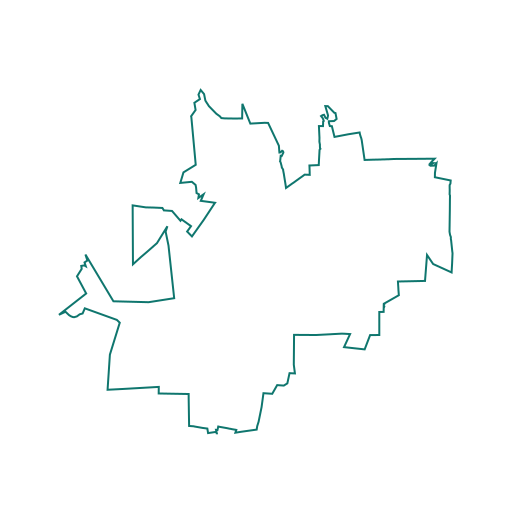 General Cepeda, Coahuila, Mexico (Albers equal-area conic projection), rotated 262°
{"feature_id": "50627088B43418129703441", "entity_name": "General Cepeda", "entity_type": "district", "adm_level": 2, "iso_a3": "MEX", "parent_name": "Mexico", "parent_adm1": "Coahuila", "projection": "albers", "projection_center": [-101.488, 25.544], "detail": "fine", "context": "isolated", "style": "outline", "palette": "teal", "viewbox_px": 512, "rotation_deg": 262, "n_neighbors": 0, "source": "geoboundaries", "source_scale": "gbopen_adm2", "svg_char_len": 4052}
<svg xmlns="http://www.w3.org/2000/svg" viewBox="0 0 512 512"><g transform="rotate(262 256 256)"><path d="M362.0,294.0L386.1,286.5L386.7,283.1L387.9,268.8L404.1,264.8L408.6,263.7L394.1,261.4L395.4,252.0L395.5,251.4L396.6,244.3L397.4,240.9L399.4,239.6L402.4,236.5L411.0,230.2L413.9,228.9L414.0,228.8L416.9,227.5L423.6,227.1L428.1,224.3L423.8,221.5L419.2,222.3L416.3,216.3L409.0,216.5L403.4,211.2L402.6,211.3L363.0,209.4L354.7,209.0L348.9,195.8L344.3,193.7L338.9,191.2L338.4,202.8L335.3,205.6L334.7,206.1L333.8,206.1L332.2,206.2L326.6,205.9L325.0,208.1L321.5,207.0L324.4,212.7L318.3,209.0L315.5,219.0L314.4,222.8L314.2,222.6L299.1,209.3L284.3,195.3L289.8,191.2L294.6,195.8L302.7,187.3L301.4,186.1L312.3,179.1L314.0,171.1L314.4,171.0L315.9,170.3L316.6,170.0L318.2,161.4L319.5,153.6L323.3,140.9L264.9,133.0L270.9,141.8L274.9,148.1L282.5,159.7L297.8,172.4L292.7,169.9L278.5,170.8L225.6,169.1L225.2,143.2L231.0,108.5L281.2,87.3L275.0,88.4L273.5,85.3L269.5,86.0L270.6,84.6L270.5,81.6L267.5,81.6L260.8,75.9L242.5,82.6L225.2,52.7L227.3,59.6L225.4,61.1L223.4,62.7L222.0,64.4L221.1,66.0L220.7,67.3L221.1,70.2L222.8,73.3L223.2,76.3L228.0,79.2L212.1,109.3L208.9,111.8L178.7,97.6L144.2,90.4L142.8,106.3L139.9,141.5L133.4,140.5L131.6,151.8L129.2,167.0L128.7,170.1L125.7,169.7L125.1,169.6L97.0,166.1L96.0,170.8L95.8,171.1L93.2,179.1L91.9,183.8L87.3,183.9L87.4,192.2L85.4,192.4L85.1,192.4L85.5,192.6L87.9,192.3L89.4,192.2L89.0,193.6L92.4,194.9L91.8,196.4L91.0,198.9L89.6,203.2L89.1,204.6L88.7,205.6L88.5,206.4L87.8,208.3L86.7,211.8L86.5,212.3L83.9,211.0L84.0,217.0L84.0,217.6L84.0,218.1L84.0,218.6L84.0,219.1L84.0,219.6L84.0,220.8L84.0,221.2L84.0,221.8L84.0,222.3L84.0,222.8L84.0,223.3L84.0,226.0L84.0,232.5L87.3,233.5L91.5,235.5L105.6,240.5L119.1,244.3L117.3,252.9L125.2,259.0L123.8,265.5L125.5,269.3L135.3,272.9L134.3,278.2L143.1,278.3L163.1,281.3L172.6,282.7L170.5,297.0L169.5,303.7L169.3,305.6L168.1,319.3L168.1,319.5L167.2,329.9L166.8,332.3L165.6,338.3L153.5,330.5L148.4,350.6L161.8,358.0L160.6,367.1L183.4,370.3L182.9,374.6L188.6,375.5L188.1,376.0L188.3,376.1L188.9,375.8L189.3,375.6L190.8,375.9L190.7,376.5L191.2,376.7L197.3,392.0L202.3,392.3L204.5,392.5L211.0,393.0L209.8,403.0L207.8,419.9L233.2,425.5L223.4,430.3L212.5,447.4L221.5,449.2L231.4,451.0L233.1,451.0L244.3,451.4L245.8,451.3L247.6,451.6L249.9,451.1L253.1,451.0L274.9,454.4L285.0,455.9L287.4,456.3L288.8,456.5L289.0,456.5L290.2,456.3L290.7,456.4L293.1,456.8L293.8,456.9L295.1,457.1L295.3,457.1L298.5,457.5L299.4,457.7L300.6,458.6L303.7,459.3L309.1,444.1L313.5,444.8L322.7,447.6L320.7,445.1L321.1,441.3L321.9,440.6L323.3,444.3L323.7,441.7L325.1,443.3L327.5,446.4L330.1,426.8L332.8,406.7L332.9,405.9L333.4,400.2L333.5,399.5L333.6,398.8L333.6,398.2L333.7,397.5L334.0,395.0L334.1,394.0L334.2,392.8L335.1,385.3L336.0,376.9L356.1,376.8L358.1,376.6L359.5,376.3L361.9,375.9L363.9,375.8L363.7,364.3L363.0,350.3L374.0,349.2L374.3,347.5L374.4,347.2L377.8,346.7L379.3,346.9L378.8,352.1L379.5,353.2L379.5,353.3L380.5,354.9L386.5,354.6L386.9,353.5L394.4,348.0L394.8,345.5L385.2,346.9L383.7,346.4L382.0,345.7L382.9,344.5L383.1,344.1L384.5,343.6L385.6,343.3L386.4,343.0L386.3,342.1L386.2,341.6L386.1,341.2L385.7,340.3L385.5,339.9L384.7,340.4L383.1,341.3L382.2,341.5L380.3,341.9L379.8,341.2L377.4,340.8L375.3,340.4L375.7,338.1L375.9,336.4L369.6,335.8L364.2,335.3L360.5,334.7L359.8,334.7L357.2,334.8L356.2,334.6L354.0,334.4L353.2,334.7L352.7,334.0L352.2,333.7L342.1,331.7L337.3,330.8L338.2,321.5L337.0,321.4L332.4,320.9L331.4,320.8L330.0,320.6L328.9,320.5L329.8,315.5L328.6,313.3L326.9,310.0L326.7,309.6L326.2,308.7L324.7,305.8L324.4,305.3L324.0,304.5L323.5,303.6L323.3,303.2L322.6,301.7L322.0,300.6L319.2,295.2L321.5,295.2L322.1,295.2L332.2,295.0L333.2,295.0L333.4,295.0L334.9,294.9L335.3,294.9L336.9,294.8L337.7,294.9L339.4,294.2L339.9,293.9L341.2,293.9L342.1,293.8L345.4,293.4L346.4,293.0L346.5,293.1L351.8,294.4L351.4,295.3L351.9,295.7L352.7,296.2L354.6,297.5L354.9,297.5L355.7,297.4L356.0,297.3L356.6,296.5L355.3,294.8L355.2,293.6L355.7,293.6L362.0,294.0Z" fill="none" stroke="#0f766e" stroke-width="2"/></g></svg>